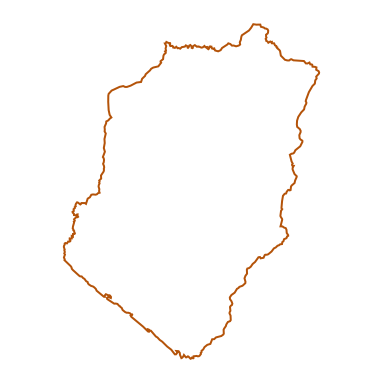 Muanza, Sofala, Mozambique, rotated 89°
{"feature_id": "85939544B50673994435668", "entity_name": "Muanza", "entity_type": "district", "adm_level": 2, "iso_a3": "MOZ", "parent_name": "Mozambique", "parent_adm1": "Sofala", "projection": "mercator", "projection_center": [34.955, -19.086], "detail": "fine", "context": "isolated", "style": "outline", "palette": "amber", "viewbox_px": 384, "rotation_deg": 89, "n_neighbors": 0, "source": "geoboundaries", "source_scale": "gbopen_adm2", "svg_char_len": 5907}
<svg xmlns="http://www.w3.org/2000/svg" viewBox="0 0 384 384"><g transform="rotate(89 192 192)"><path d="M69.6,65.4L69.0,66.9L68.8,69.3L66.8,69.6L66.5,70.2L66.5,71.5L64.6,72.3L65.5,74.3L65.4,75.9L63.0,77.8L62.1,88.3L61.0,90.3L61.1,91.1L62.2,92.6L62.1,94.5L61.4,96.8L57.2,100.8L52.6,101.5L51.4,102.3L49.7,104.3L48.9,104.2L48.5,105.1L47.5,105.2L46.8,106.5L44.8,107.3L44.7,109.6L44.3,109.8L43.3,109.6L43.4,110.4L42.9,111.1L44.1,113.1L42.9,113.8L42.1,115.2L41.4,115.1L40.2,115.7L38.9,114.8L37.9,115.2L36.0,115.2L34.8,113.6L33.9,113.2L32.0,113.0L30.7,113.6L29.9,115.1L29.8,116.2L28.8,117.4L28.0,120.2L25.8,120.8L25.8,124.7L25.3,127.8L28.8,130.0L31.5,132.2L36.2,139.4L37.8,140.0L40.7,140.5L43.1,141.6L45.4,141.3L46.4,142.7L47.1,145.4L46.3,147.7L46.3,149.5L44.7,151.1L44.0,153.1L45.1,154.0L48.5,159.4L50.7,160.9L51.8,163.4L50.9,166.4L49.7,166.9L49.6,167.4L48.9,167.4L49.2,168.4L48.8,168.7L48.8,169.5L48.0,169.8L47.2,170.9L46.9,170.6L46.7,171.4L47.3,172.2L47.9,172.2L48.2,172.8L49.0,172.6L49.5,173.2L47.9,175.1L47.3,174.8L47.4,176.1L46.2,177.0L47.6,178.8L47.8,180.1L46.6,182.8L46.9,183.4L46.6,184.1L46.8,184.6L45.2,186.6L46.6,189.0L47.8,188.6L48.2,189.2L47.9,189.8L46.4,189.9L45.0,191.1L45.5,192.1L47.1,192.8L47.8,193.5L47.5,193.9L46.4,193.6L45.3,195.6L46.5,196.6L47.0,199.7L48.5,201.3L47.8,202.8L48.0,203.8L46.5,205.2L47.4,206.1L47.6,206.8L47.2,208.2L46.7,208.0L45.6,209.0L45.7,211.1L44.3,211.7L43.8,211.2L42.8,211.3L42.5,213.1L41.5,215.0L42.9,215.7L43.0,216.5L45.6,215.2L48.1,215.9L50.3,215.5L50.9,216.5L52.0,215.8L52.6,215.9L54.0,217.6L55.4,218.2L58.7,218.6L60.6,221.1L61.3,221.2L62.2,220.6L65.8,223.5L66.9,228.6L68.1,230.7L69.7,231.9L73.5,236.3L75.1,236.9L77.9,239.9L81.1,241.0L81.6,245.5L84.6,251.5L85.8,255.2L85.8,257.0L84.9,258.9L85.6,262.5L89.2,270.6L92.4,273.6L94.1,274.0L100.4,274.2L108.7,273.9L113.4,273.0L116.1,271.3L117.2,272.9L118.9,274.4L120.0,276.5L121.9,276.7L125.4,278.3L128.1,278.1L129.9,278.3L132.0,277.2L137.5,278.6L141.5,278.4L146.5,279.4L150.2,278.4L155.5,280.5L156.7,279.7L158.4,279.4L160.6,279.7L162.3,280.4L164.6,279.5L166.1,279.4L167.4,279.8L168.4,279.6L170.0,280.0L173.9,282.7L177.0,282.6L178.9,284.6L180.1,284.2L181.1,284.7L181.9,284.3L183.5,285.1L185.1,285.3L187.5,284.6L189.6,284.9L191.1,284.4L191.6,286.1L192.6,287.1L193.0,288.4L192.7,291.0L193.0,292.7L195.5,294.2L196.8,296.4L202.0,298.2L201.2,299.3L201.1,302.5L201.3,303.0L202.1,303.3L202.5,303.9L200.6,306.2L200.3,307.1L201.7,308.2L203.3,308.8L204.3,308.5L205.0,309.5L206.0,309.4L207.1,310.7L208.9,310.5L209.8,311.8L210.6,311.6L211.6,310.5L213.0,310.4L213.3,308.3L212.5,307.5L212.4,306.8L213.7,306.9L214.8,306.3L215.2,306.8L215.2,308.2L217.2,310.4L218.7,309.7L219.6,310.7L220.4,310.4L224.3,311.6L226.5,311.9L227.4,311.2L228.3,311.3L228.9,310.5L230.3,310.4L231.2,309.8L231.9,310.2L231.9,311.7L234.6,311.9L234.0,313.0L236.4,313.0L236.6,314.1L236.3,315.1L236.9,315.2L238.6,314.4L239.1,314.6L239.5,315.3L239.3,316.6L241.2,317.9L240.8,319.5L241.3,320.2L242.3,320.2L243.6,320.9L244.7,321.1L247.4,320.3L247.9,320.7L249.8,320.2L251.2,320.8L252.3,320.1L255.2,321.2L257.2,320.4L257.9,320.7L264.1,314.5L265.2,313.8L266.7,313.5L268.1,312.3L273.9,306.1L274.4,305.3L274.5,303.8L276.2,302.3L276.9,301.1L279.3,299.4L280.2,297.9L281.5,297.6L282.5,296.9L284.1,294.6L284.7,292.7L285.7,291.3L287.3,289.8L289.0,289.1L295.2,281.9L295.3,281.0L293.8,280.9L292.7,279.9L293.8,277.6L293.8,276.4L294.2,275.7L295.6,274.8L296.6,275.0L295.7,277.0L295.8,278.1L296.4,278.9L297.6,278.6L302.3,271.7L302.2,270.3L302.6,268.5L304.5,266.9L304.9,266.1L305.8,265.5L306.5,264.4L308.8,263.4L310.9,260.9L311.6,259.4L311.6,257.8L312.2,256.1L313.4,255.0L313.3,254.1L313.7,253.9L314.0,254.1L314.5,255.5L315.8,254.8L325.8,243.2L330.7,238.4L330.8,238.0L329.8,238.2L329.2,238.5L329.2,239.0L328.5,239.2L328.3,238.8L329.0,237.3L330.3,236.8L329.8,236.2L330.0,235.5L335.9,230.6L336.8,229.1L339.3,226.9L341.1,224.4L346.1,219.5L349.3,215.5L354.0,212.0L354.0,210.8L352.3,209.4L350.7,210.4L350.9,208.2L352.7,207.0L354.5,206.9L357.9,205.5L357.6,204.8L356.3,203.6L354.8,202.9L357.2,201.0L357.2,200.3L356.3,199.2L356.4,198.5L358.7,196.4L358.4,195.6L357.7,195.2L358.3,193.8L358.0,193.4L357.0,193.7L356.3,193.4L356.0,190.1L356.4,189.1L356.3,188.0L355.8,187.2L354.1,185.9L353.1,186.1L352.4,185.3L350.9,185.2L349.7,183.6L347.3,182.2L345.1,179.4L344.2,176.3L339.6,174.4L339.5,172.4L337.8,170.5L336.5,165.2L335.0,163.1L334.1,162.7L330.3,162.8L329.2,162.3L326.7,160.5L325.0,160.0L322.6,158.4L321.8,156.2L320.7,155.5L316.3,155.6L314.0,156.6L313.0,156.5L311.5,155.7L307.6,156.0L306.4,155.2L305.6,154.0L304.3,153.6L302.0,154.4L299.8,155.9L298.0,156.0L295.7,154.4L293.4,151.1L289.6,148.7L288.8,147.2L287.7,146.3L286.6,143.1L284.1,140.3L282.7,140.1L279.2,141.0L276.7,140.0L274.6,138.4L270.6,138.5L269.5,138.0L269.1,136.4L267.8,134.6L265.0,132.6L263.1,130.2L258.4,126.7L258.2,125.2L259.5,124.5L259.0,121.6L256.4,120.4L256.0,119.8L256.0,118.2L255.6,116.9L252.9,113.5L249.8,111.1L248.9,109.2L247.2,107.4L246.8,106.0L245.9,104.9L245.6,102.9L243.7,102.6L242.8,101.4L240.8,100.8L240.0,98.8L239.5,98.2L238.1,97.7L237.5,96.6L236.8,96.6L234.6,98.0L231.4,98.2L229.8,98.9L229.0,100.9L228.0,102.1L227.9,104.1L221.3,102.3L220.5,102.4L218.0,103.9L217.2,104.0L212.4,103.3L210.7,102.1L210.1,102.7L209.3,102.8L202.7,102.1L197.4,101.1L195.4,99.4L195.1,97.9L193.4,97.3L191.6,95.8L191.6,95.0L192.1,94.2L191.8,93.4L188.3,92.9L187.3,92.3L184.8,89.3L182.3,88.7L179.1,87.2L178.1,87.0L175.8,89.2L171.2,91.0L169.8,91.0L167.7,89.9L167.7,91.0L167.1,91.4L166.4,91.5L165.4,90.8L163.2,91.9L156.5,93.5L155.5,91.9L155.3,90.4L154.5,89.2L152.0,87.9L148.2,83.0L143.8,80.7L142.6,80.8L141.3,82.7L140.1,83.5L137.0,83.7L134.1,82.4L132.8,82.3L131.0,83.1L128.7,85.7L126.3,86.0L122.5,85.7L118.7,84.4L114.3,81.4L111.4,78.5L108.6,77.9L105.6,76.2L104.4,76.1L103.3,76.7L102.2,76.5L94.2,73.4L88.1,69.7L85.8,67.3L82.5,66.8L80.7,65.4L78.8,65.8L75.8,63.0L74.6,62.8L73.4,63.3L71.9,65.7L69.6,65.4Z" fill="none" stroke="#b45309" stroke-width="2"/></g></svg>